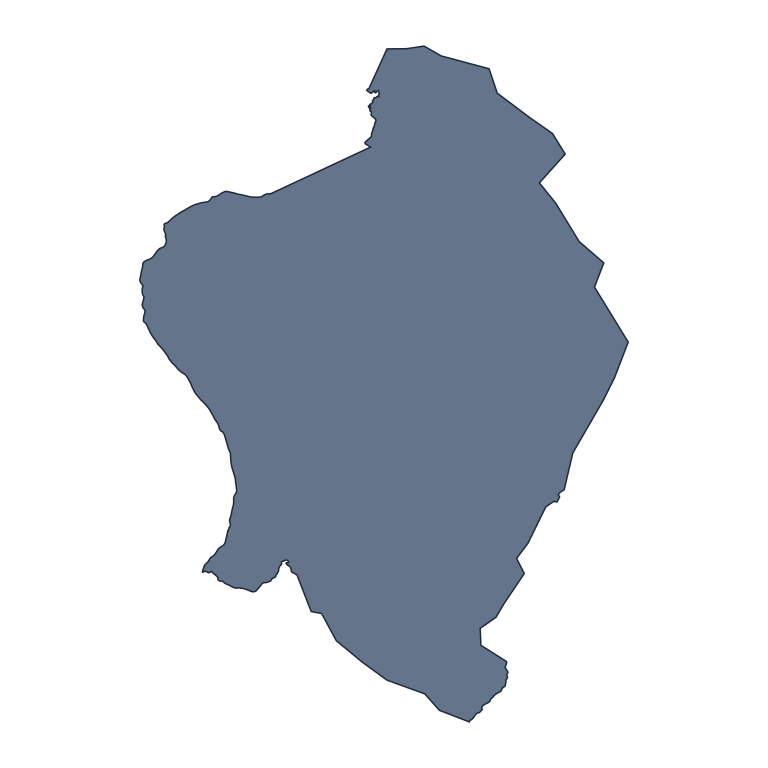 Ceceg, Hovd, Mongolia (Equal Earth projection)
{"feature_id": "93677404B56822963744854", "entity_name": "Ceceg", "entity_type": "district", "adm_level": 2, "iso_a3": "MNG", "parent_name": "Mongolia", "parent_adm1": "Hovd", "projection": "equal_earth", "projection_center": [93.086, 46.341], "detail": "fine", "context": "isolated", "style": "filled", "palette": "slate", "viewbox_px": 768, "rotation_deg": 0, "n_neighbors": 0, "source": "geoboundaries", "source_scale": "gbopen_adm2", "svg_char_len": 6093}
<svg xmlns="http://www.w3.org/2000/svg" viewBox="0 0 768 768"><path d="M469.2,721.9L469.5,721.1L470.3,720.2L472.0,719.3L474.0,717.0L474.7,715.7L475.6,714.7L476.8,713.3L478.3,712.8L479.4,712.6L482.2,709.6L481.6,707.6L482.0,706.8L482.9,705.5L485.5,704.0L488.4,702.5L489.6,701.7L490.4,700.0L490.9,698.9L492.7,697.3L494.4,695.2L496.4,693.8L500.9,691.2L501.7,689.7L502.0,688.4L503.2,687.5L503.7,687.0L504.9,686.5L505.2,685.9L505.6,684.1L505.9,681.9L505.9,680.1L506.5,679.2L507.1,678.4L507.5,677.3L506.7,674.7L508.0,672.7L507.5,671.1L505.1,667.6L506.7,662.7L506.3,661.4L480.9,645.3L480.2,628.3L496.0,617.3L503.7,604.1L524.3,573.5L516.6,558.4L528.0,543.2L545.8,506.9L553.3,501.7L554.9,501.5L556.5,502.0L557.1,501.8L559.6,497.1L559.4,496.3L558.4,495.3L558.3,494.4L559.0,493.8L560.2,492.3L564.2,489.7L572.8,453.0L603.6,399.7L614.5,377.8L628.2,342.1L594.5,287.1L603.8,262.9L579.1,241.5L555.9,203.4L539.4,182.9L565.2,154.1L552.5,133.5L530.3,118.0L497.3,93.2L489.1,68.8L441.1,55.9L424.1,46.1L406.5,48.7L387.0,48.9L368.8,88.8L367.3,89.2L366.8,90.1L367.5,91.1L369.9,92.7L371.1,93.2L372.0,92.9L372.6,92.2L374.3,90.7L374.7,90.8L374.7,92.1L375.5,92.9L376.1,92.5L376.7,91.6L377.8,90.5L378.2,90.5L378.6,90.7L379.1,91.6L378.8,92.6L378.9,93.3L379.1,93.9L379.1,94.4L378.7,95.2L378.9,96.4L378.1,96.4L377.4,96.2L376.7,96.8L376.2,97.4L375.3,97.7L374.5,97.6L373.9,98.0L373.7,98.9L373.4,99.7L372.5,100.4L372.9,102.0L372.8,102.4L371.7,103.2L371.3,103.7L370.0,104.3L369.8,104.7L370.1,105.0L370.4,105.2L369.7,105.8L369.0,105.7L368.5,106.1L368.4,106.6L368.6,107.1L369.0,107.4L369.4,107.5L369.7,107.5L370.0,107.2L370.4,107.3L370.8,107.8L370.8,108.1L370.1,108.6L369.6,109.0L369.7,109.8L369.9,110.2L370.0,110.6L370.1,111.0L370.5,111.2L371.0,111.4L371.4,112.1L371.3,113.2L371.1,114.1L371.0,114.7L371.2,115.4L371.9,116.0L373.3,117.1L374.3,118.1L375.4,119.0L375.8,119.8L375.9,120.7L374.9,123.0L374.6,124.0L374.5,125.2L374.3,126.3L373.2,128.0L373.0,128.6L373.2,129.4L372.8,130.0L372.5,130.8L372.5,131.8L371.7,133.1L371.4,133.8L371.6,135.6L371.0,136.9L370.0,138.0L369.2,138.4L368.3,139.4L367.6,139.9L367.0,140.7L366.2,141.2L365.5,141.8L364.9,142.6L365.0,143.2L365.4,143.8L366.8,144.8L367.2,145.1L368.8,145.9L369.7,146.7L370.5,147.1L270.1,194.0L268.7,193.8L266.9,193.8L263.9,195.1L262.2,196.4L260.2,197.1L256.9,197.2L252.8,197.1L250.8,197.0L243.8,195.3L239.9,194.5L237.5,194.1L235.3,193.3L232.5,192.6L231.0,192.4L229.4,191.9L227.5,191.6L226.1,191.4L225.0,191.5L221.8,193.0L218.0,195.6L216.4,196.2L214.9,196.6L212.9,196.8L212.1,197.0L211.6,197.7L211.0,198.8L209.5,200.7L207.7,201.7L206.5,202.1L205.4,202.1L204.5,202.3L203.6,202.4L202.4,202.6L199.9,203.2L197.8,203.9L195.9,204.3L192.5,205.7L190.8,206.5L189.3,207.5L187.8,208.2L185.2,209.9L181.0,212.1L179.2,213.2L177.7,214.4L175.4,215.8L172.9,217.7L168.3,222.0L167.3,222.8L165.3,223.3L164.6,223.7L164.1,224.4L164.2,225.4L164.4,226.1L164.2,227.5L163.9,229.1L164.0,230.2L165.5,233.6L165.6,234.4L165.3,236.6L165.8,237.9L166.3,240.0L166.2,242.1L165.3,244.8L164.5,246.0L163.5,246.9L161.9,247.7L161.1,247.9L159.9,248.4L159.1,249.0L157.9,250.1L156.3,252.0L155.7,253.2L154.5,254.6L153.2,256.6L152.0,257.7L150.8,258.6L149.4,259.3L148.7,259.7L147.8,259.8L146.7,260.2L144.4,261.5L143.1,263.0L142.8,263.9L142.4,267.8L141.4,271.3L141.3,272.3L140.6,276.0L139.9,279.0L139.8,280.1L140.4,282.3L141.7,284.0L142.3,284.7L142.7,285.3L142.6,287.4L142.3,288.3L142.1,289.7L142.3,293.2L143.2,295.6L143.8,296.4L143.9,297.2L143.8,298.4L142.8,302.0L142.6,303.2L142.1,304.9L142.4,305.9L143.0,307.8L144.7,309.8L145.0,310.6L145.0,312.0L144.4,314.3L143.9,315.7L143.5,318.6L143.4,320.6L143.7,321.6L144.5,322.4L145.7,323.1L146.7,324.8L150.1,332.3L151.9,335.4L153.7,338.1L155.0,339.5L158.1,344.4L160.9,347.3L163.0,349.7L165.0,352.3L166.6,354.7L167.6,356.0L169.2,359.2L172.1,362.9L175.4,366.0L177.5,368.6L178.9,370.1L181.1,372.0L184.6,374.2L185.5,374.9L186.2,375.7L187.2,377.1L190.0,382.0L191.3,384.9L191.8,386.4L192.7,388.1L194.3,391.4L195.4,393.2L200.7,399.7L205.6,404.6L209.1,408.8L211.6,413.1L215.1,419.7L217.1,422.5L218.2,424.5L218.8,425.8L219.0,427.4L219.4,428.5L220.0,429.8L220.8,430.9L221.6,431.4L222.3,431.7L223.0,432.3L223.7,433.3L224.3,434.6L225.4,438.1L228.4,448.7L230.3,452.9L230.9,461.1L231.3,464.1L231.8,467.0L234.1,474.6L234.8,476.9L235.3,478.7L235.5,481.1L236.7,490.2L236.4,492.0L235.6,493.8L234.3,495.7L233.6,498.4L233.7,501.5L233.5,504.4L232.3,509.0L231.5,512.9L231.2,514.8L230.6,516.6L230.4,517.7L230.0,518.7L229.5,519.8L229.5,520.6L230.3,524.5L230.3,525.8L229.1,527.7L228.6,529.3L227.8,530.8L227.6,531.7L227.4,532.8L226.8,535.8L226.2,537.8L225.7,540.3L225.3,542.1L224.4,544.0L223.4,545.2L219.9,547.5L218.6,548.6L217.6,550.0L216.5,551.9L214.6,554.6L213.5,555.7L212.6,556.4L210.6,557.6L209.8,558.7L208.3,561.4L204.7,565.1L204.1,566.4L203.4,568.6L202.8,570.2L202.5,572.2L203.1,572.2L203.9,571.6L204.6,571.2L205.6,571.4L206.9,571.9L208.2,572.6L209.1,572.7L210.0,572.4L210.6,571.9L211.3,571.6L211.9,571.7L212.9,573.1L213.7,573.8L214.5,574.1L216.0,575.6L217.2,576.6L217.5,577.1L217.8,578.0L217.9,579.4L218.4,580.2L219.3,580.8L220.1,581.1L221.5,581.1L223.0,581.5L223.6,582.1L224.4,582.9L225.6,583.7L226.4,584.1L227.4,584.4L229.6,585.4L232.4,587.0L234.1,587.7L235.5,588.1L236.9,588.1L237.6,587.8L239.5,588.0L241.6,588.4L243.6,588.5L248.3,590.2L251.1,591.4L253.3,591.9L254.8,591.5L255.8,591.1L256.9,590.0L259.8,586.7L262.0,583.8L262.8,583.1L264.0,582.6L265.7,582.7L268.6,581.9L270.0,581.3L270.8,580.8L272.0,578.8L272.9,578.1L274.9,577.4L275.4,577.1L275.8,576.4L275.9,575.3L276.3,574.7L277.0,574.1L277.3,573.4L277.6,572.6L278.3,571.8L278.6,570.9L278.6,569.3L278.9,568.3L279.6,566.6L280.2,565.7L280.9,565.2L281.3,564.6L281.6,563.9L281.5,562.9L281.5,562.1L281.9,561.5L283.9,561.0L285.5,560.1L286.1,560.0L287.2,560.2L287.8,560.8L288.3,561.4L288.6,561.9L288.6,562.5L288.1,562.9L287.4,562.9L286.6,562.7L286.2,562.9L286.1,563.2L286.2,563.7L287.8,565.3L288.5,565.7L290.6,567.4L291.5,571.5L291.9,572.2L293.2,572.9L294.6,573.4L295.7,574.4L296.8,574.5L311.2,611.6L321.6,613.5L336.3,640.7L362.7,662.5L387.1,680.2L424.8,693.9L439.5,710.4L468.8,721.7L469.2,721.9Z" fill="#64748b" stroke="#1e293b" stroke-width="1.5"/></svg>